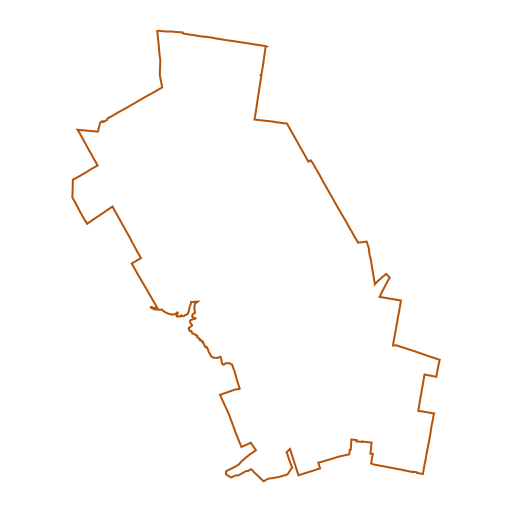 Fratesti, Giurgiu, Romania (Mercator projection)
{"feature_id": "2599482B51222543390169", "entity_name": "Fratesti", "entity_type": "district", "adm_level": 2, "iso_a3": "ROU", "parent_name": "Romania", "parent_adm1": "Giurgiu", "projection": "mercator", "projection_center": [25.914, 43.99], "detail": "fine", "context": "isolated", "style": "outline", "palette": "amber", "viewbox_px": 512, "rotation_deg": 0, "n_neighbors": 0, "source": "geoboundaries", "source_scale": "gbopen_adm2", "svg_char_len": 5913}
<svg xmlns="http://www.w3.org/2000/svg" viewBox="0 0 512 512"><path d="M397.8,317.7L398.2,316.1L401.0,300.6L391.2,298.8L379.6,296.9L381.7,292.5L385.8,284.6L388.0,280.5L389.8,277.8L386.2,273.9L382.9,276.6L377.2,281.7L374.9,284.3L373.6,276.6L370.7,259.1L370.5,258.4L369.8,255.9L369.3,252.5L368.9,250.4L368.9,249.8L369.1,249.3L366.7,241.6L363.0,242.1L359.5,242.5L358.1,242.6L357.8,242.6L357.7,242.3L357.7,241.9L354.5,236.6L351.3,230.8L349.6,228.1L346.6,222.5L337.9,207.7L329.5,192.8L322.7,180.9L318.1,172.3L315.5,167.9L312.8,163.2L311.6,161.6L310.7,160.3L308.4,161.7L288.5,126.3L287.1,123.6L275.5,122.1L272.4,121.5L261.8,120.4L254.5,119.5L256.2,109.4L257.8,98.3L261.2,76.7L261.2,76.1L261.2,75.9L260.6,75.2L261.5,74.8L261.8,72.4L263.3,63.5L263.9,58.7L265.6,46.8L266.5,46.5L265.5,46.1L233.3,41.1L226.6,40.2L214.3,38.2L212.8,37.8L207.0,36.9L205.6,36.6L205.4,36.6L205.0,36.9L194.7,35.4L194.5,35.1L194.2,35.1L189.0,34.5L184.3,33.7L182.9,33.4L182.8,32.6L182.7,32.4L176.6,32.0L170.2,31.4L168.9,31.6L167.9,31.6L161.3,31.1L160.5,31.0L159.4,30.7L158.6,30.8L157.2,31.1L157.5,33.2L158.9,47.1L159.4,53.3L160.3,60.6L159.8,74.5L160.1,76.8L160.3,77.6L162.2,87.4L159.6,88.9L149.7,94.6L147.9,95.4L139.8,100.1L127.7,107.2L118.9,112.0L114.2,114.8L108.0,118.2L107.4,118.6L107.2,119.2L107.1,119.9L107.0,120.0L104.3,121.5L103.6,122.0L103.4,122.1L103.2,122.1L102.9,121.2L102.6,121.1L101.9,121.4L100.5,122.4L100.2,122.7L99.8,124.0L98.0,131.3L97.8,131.6L96.2,131.5L93.2,131.2L87.8,130.8L85.9,130.5L80.4,130.1L77.6,129.8L78.6,131.3L80.3,134.3L86.1,144.8L87.0,146.6L88.1,148.4L89.0,150.3L91.9,155.0L92.8,157.2L94.2,159.3L97.6,165.5L91.2,169.1L86.8,171.9L81.5,175.0L73.8,179.3L72.9,179.6L72.5,194.9L72.3,196.3L72.4,197.3L73.0,198.7L74.2,200.6L80.6,212.8L85.6,221.5L85.8,221.4L87.1,223.8L93.8,219.2L100.5,214.7L112.5,206.5L113.5,208.5L118.0,216.5L124.4,227.9L126.3,231.4L127.5,233.5L129.6,237.2L132.2,242.4L134.6,246.6L137.0,251.2L139.7,255.9L140.9,258.1L131.7,263.5L134.6,268.6L139.6,277.4L146.6,289.3L157.3,307.9L153.5,307.8L152.4,307.4L151.2,306.9L150.8,307.1L150.8,307.3L150.8,307.5L151.9,308.2L153.0,308.7L153.9,309.1L154.9,309.3L159.3,309.8L161.7,309.6L162.1,309.5L162.7,310.5L163.2,311.0L164.2,311.6L165.3,312.2L166.2,312.8L168.0,313.6L171.9,314.6L173.0,314.5L175.2,314.2L175.7,314.0L176.9,312.6L177.3,312.5L177.6,312.5L177.8,312.5L177.8,312.9L176.7,315.5L176.5,316.0L176.7,316.4L177.8,316.5L180.7,316.4L180.9,316.2L181.0,315.5L181.2,315.3L182.6,316.1L183.5,316.2L184.0,316.1L185.3,315.1L187.0,314.5L187.6,314.0L188.6,311.7L189.1,309.2L189.8,306.4L190.8,304.1L190.9,303.5L190.9,302.2L191.2,301.9L192.2,302.2L194.1,302.0L194.9,301.7L197.6,301.7L196.2,302.7L195.5,303.2L195.1,303.8L194.8,304.6L194.5,306.2L194.4,308.5L194.5,309.9L194.9,312.0L195.0,312.8L194.8,313.0L193.5,313.7L192.9,314.3L192.4,315.2L192.1,316.1L192.2,316.6L192.7,317.1L194.0,317.7L195.2,318.1L195.4,318.3L195.5,318.5L195.3,318.7L193.2,319.2L191.4,319.8L190.3,320.4L189.9,320.8L189.9,321.4L190.2,322.3L190.7,323.2L192.1,325.5L191.1,326.3L188.6,328.1L188.6,328.3L188.8,328.6L188.9,329.0L189.1,329.2L189.2,329.5L189.3,330.4L189.9,330.6L190.0,331.1L190.3,331.3L190.8,331.4L191.3,331.1L191.5,331.2L191.6,331.4L191.7,332.3L192.1,332.7L192.2,333.2L192.3,333.4L193.5,333.6L193.7,333.9L194.1,334.0L194.4,334.2L194.9,334.4L195.4,334.8L196.5,335.2L197.3,336.0L196.9,336.5L197.3,336.9L197.4,337.4L197.7,337.5L199.1,338.4L199.1,339.0L199.3,339.2L199.8,339.4L199.8,339.9L199.9,340.1L200.1,340.1L200.4,339.7L200.6,339.7L200.9,339.8L201.1,340.3L201.3,341.1L201.6,341.5L201.9,341.7L202.1,341.7L202.7,341.4L202.9,341.4L203.0,341.8L203.2,343.4L203.5,343.9L204.2,344.2L204.4,344.5L204.5,345.1L204.4,345.6L204.4,346.0L206.4,347.7L206.4,347.2L206.5,347.0L207.0,347.4L207.4,348.2L208.0,349.5L208.4,351.0L208.8,352.3L210.0,353.8L210.7,355.6L211.3,356.4L213.1,357.6L214.6,357.8L216.8,357.8L218.3,357.8L219.0,357.5L219.9,357.0L220.1,356.7L220.6,357.0L220.8,357.4L221.2,358.8L221.4,359.8L221.8,362.8L222.4,364.0L222.7,364.4L223.0,364.6L223.4,364.7L224.1,364.5L224.5,363.9L225.2,363.5L226.7,363.2L227.8,363.1L228.6,363.3L229.9,363.3L230.2,363.5L230.9,364.3L231.2,364.4L231.8,364.4L232.0,364.6L232.2,364.9L233.2,368.0L234.7,371.7L234.8,372.8L235.2,373.5L236.7,379.3L238.0,383.1L238.9,386.2L239.0,386.9L239.6,388.2L239.7,388.4L239.4,388.8L239.4,389.0L237.8,389.1L234.9,389.6L230.7,391.1L220.0,394.8L224.0,403.6L226.4,408.7L228.5,413.3L233.6,426.9L235.4,432.1L237.6,437.6L238.3,439.3L241.4,446.9L250.0,443.2L250.4,443.0L250.7,442.7L255.9,450.2L249.3,454.9L245.2,458.1L241.0,461.9L239.1,464.2L238.5,464.6L235.9,466.3L226.0,471.3L225.9,471.7L226.1,472.6L225.9,473.5L226.3,474.5L227.3,475.2L230.6,477.2L231.2,477.4L231.4,477.4L233.9,476.2L235.4,475.6L236.3,475.4L237.6,475.4L238.9,475.1L245.2,471.5L246.1,471.1L248.3,470.9L249.0,470.3L251.1,469.2L251.8,469.7L252.8,470.9L254.2,472.4L259.3,477.1L259.6,477.5L259.7,477.9L260.5,478.4L263.7,481.3L266.7,479.5L268.1,478.8L270.8,478.3L273.3,478.0L278.7,477.0L282.5,476.0L283.9,475.5L285.8,475.0L287.2,474.5L287.8,474.0L291.2,468.8L291.8,467.9L292.2,467.7L288.7,458.4L286.7,452.1L290.0,449.0L298.3,474.8L298.5,475.3L299.8,474.9L320.1,468.4L318.3,462.7L330.5,459.2L338.9,456.6L349.3,454.3L349.7,450.0L350.7,449.8L351.1,446.5L351.1,446.0L350.9,445.7L351.2,442.7L351.4,439.5L356.6,440.1L356.4,441.4L362.1,441.9L362.1,441.5L371.6,442.6L370.4,453.7L372.8,453.9L371.9,458.5L371.2,463.3L371.7,463.3L372.3,464.0L372.7,464.3L403.6,470.1L403.6,470.3L405.2,470.5L413.1,472.2L413.4,472.1L413.5,471.7L416.8,472.3L416.9,472.9L422.9,474.0L424.5,464.8L425.1,461.6L425.3,461.5L427.1,450.5L427.3,450.5L428.4,444.3L429.3,439.7L430.8,431.1L431.5,426.2L432.4,421.8L433.6,415.2L433.8,414.2L434.2,413.5L421.0,411.2L418.3,410.9L419.5,403.8L419.7,402.0L423.2,382.3L424.2,376.1L424.6,374.5L436.3,376.8L438.4,365.7L439.7,359.8L427.6,355.8L415.0,351.4L396.3,345.3L395.1,345.3L393.1,345.6L393.2,344.2L394.0,339.4L397.5,320.1L397.8,317.7Z" fill="none" stroke="#b45309" stroke-width="2"/></svg>